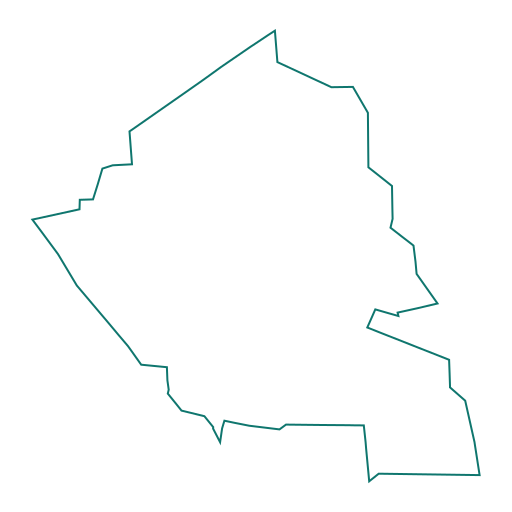 Bacoachi, Sonora, Mexico
{"feature_id": "50627088B75325241726105", "entity_name": "Bacoachi", "entity_type": "district", "adm_level": 2, "iso_a3": "MEX", "parent_name": "Mexico", "parent_adm1": "Sonora", "projection": "orthographic", "projection_center": [-109.957, 30.68], "detail": "fine", "context": "isolated", "style": "outline", "palette": "teal", "viewbox_px": 512, "rotation_deg": 0, "n_neighbors": 0, "source": "geoboundaries", "source_scale": "gbopen_adm2", "svg_char_len": 1130}
<svg xmlns="http://www.w3.org/2000/svg" viewBox="0 0 512 512"><path d="M465.2,400.7L450.0,387.4L450.0,385.9L449.6,373.6L449.1,359.8L379.6,332.4L367.3,327.5L369.3,323.0L371.6,317.8L373.1,314.4L375.3,309.4L388.5,313.2L398.4,316.0L397.6,312.6L417.6,308.2L437.5,303.5L437.3,303.2L416.6,273.9L415.5,261.7L413.5,245.6L411.9,244.3L401.9,236.6L390.5,227.7L392.6,218.8L392.4,209.8L392.0,186.0L368.4,167.3L367.9,112.8L352.9,86.9L331.4,87.2L277.4,62.1L274.9,30.7L268.1,35.1L250.2,47.0L221.2,66.9L204.2,79.2L193.4,86.8L132.0,129.7L129.5,131.4L132.0,164.3L112.7,165.3L102.4,168.6L97.8,184.1L93.0,199.4L79.8,199.8L79.5,209.3L32.4,219.6L41.3,231.5L58.0,254.1L76.8,285.5L108.1,322.5L118.9,335.4L127.9,346.0L130.2,349.2L141.2,364.7L166.9,367.2L167.4,380.3L168.7,389.7L167.8,393.6L177.6,405.7L181.5,410.6L204.4,416.2L213.2,427.1L213.1,428.6L220.1,442.2L222.1,428.4L224.4,420.7L234.4,422.8L248.6,425.6L249.0,425.7L279.5,429.4L286.0,424.6L322.3,425.0L348.9,425.2L353.7,425.3L363.8,425.4L365.6,442.2L366.1,448.4L369.2,481.3L378.7,473.7L479.6,475.1L475.9,451.2L475.0,445.5L474.5,442.1L465.2,400.7Z" fill="none" stroke="#0f766e" stroke-width="2"/></svg>